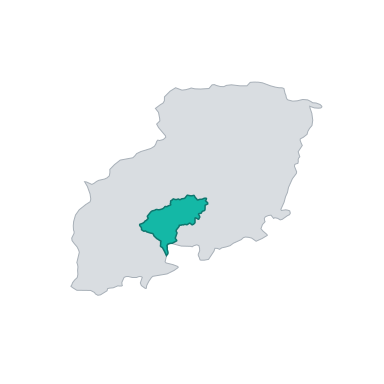 Pardubický highlighted on a map of Czechia, rotated 134°
{"feature_id": "CZE-10373", "entity_name": "Pardubický", "entity_type": "Region", "adm_level": 1, "iso_a3": "CZE", "parent_name": "Czechia", "parent_adm1": "", "projection": "mercator", "projection_center": [16.129, 49.893], "detail": "fine", "context": "in_parent", "style": "filled", "palette": "teal", "viewbox_px": 384, "rotation_deg": 134, "n_neighbors": 0, "source": "natural_earth", "source_scale": "10m", "svg_char_len": 5830}
<svg xmlns="http://www.w3.org/2000/svg" viewBox="0 0 384 384"><g transform="rotate(134 192 192)"><path d="M343.9,213.7L342.7,213.8L340.2,214.9L336.9,215.3L333.3,215.1L330.5,216.9L327.8,219.9L325.1,222.0L323.7,223.9L322.8,225.8L313.6,231.2L312.4,233.5L311.3,236.6L310.9,240.8L310.3,244.5L308.7,246.5L303.7,248.1L302.5,249.1L301.6,250.9L298.8,253.9L295.5,256.6L289.5,259.8L283.1,260.8L274.7,259.7L269.8,258.5L267.4,259.9L264.2,264.0L260.7,271.1L259.2,276.4L258.1,274.9L256.1,269.3L253.8,268.5L250.7,268.0L248.4,267.2L243.4,263.9L240.8,262.9L237.8,262.7L235.0,264.6L232.8,266.8L226.2,266.8L218.9,265.8L208.4,258.3L205.7,258.2L202.8,258.5L198.2,256.8L189.4,251.9L185.2,250.8L182.6,251.4L180.2,252.5L178.5,252.7L177.5,251.1L174.2,249.1L170.9,248.9L170.0,250.1L168.9,260.8L167.7,264.6L163.2,264.5L161.6,266.3L158.0,271.4L157.3,276.4L151.1,275.4L148.2,274.6L145.6,275.2L142.7,277.9L134.7,277.8L128.4,276.2L125.7,270.0L122.8,267.6L119.1,265.4L117.8,264.9L115.8,261.6L112.0,257.4L105.8,251.7L101.0,252.0L99.2,250.5L98.4,248.4L96.4,244.8L94.1,242.3L91.4,241.3L87.5,238.1L82.2,231.1L77.4,226.2L72.7,226.3L69.8,223.7L66.8,220.4L64.5,217.1L61.1,209.3L58.6,204.8L56.7,202.0L54.5,199.6L53.7,197.8L56.4,193.6L57.3,191.5L58.5,189.9L59.2,188.2L59.1,186.9L56.7,182.7L53.4,179.7L48.5,176.6L45.4,172.8L44.3,169.2L44.0,167.2L41.8,164.6L40.1,160.7L40.1,158.4L40.5,157.7L42.1,157.7L43.9,159.3L46.5,162.4L48.6,166.9L49.8,165.1L52.2,160.4L56.5,155.0L60.8,151.9L64.7,151.6L67.9,150.8L70.6,149.3L75.2,149.9L78.5,151.0L79.6,150.3L81.0,147.5L81.9,145.0L89.3,143.6L91.8,138.9L93.3,138.9L94.9,138.2L96.5,136.5L98.0,135.7L99.2,136.6L100.8,137.2L102.4,136.1L104.8,130.7L106.2,129.8L112.7,129.0L121.6,125.8L126.1,123.0L130.5,121.4L135.3,118.7L142.8,116.0L143.2,114.9L139.7,112.2L138.5,110.4L137.7,108.6L138.9,106.6L140.6,106.1L142.7,106.9L149.0,108.1L150.8,109.2L151.4,112.0L153.0,114.6L154.3,114.9L153.8,119.1L155.8,120.7L158.8,122.0L160.7,121.7L162.1,120.0L162.6,118.8L166.5,118.7L170.5,116.9L170.8,114.0L170.5,108.5L170.9,107.7L176.9,109.3L182.9,111.7L183.7,117.1L185.3,119.8L187.2,122.2L189.0,123.3L192.1,123.5L200.2,126.7L204.1,127.3L208.1,129.5L211.5,131.8L214.0,132.3L215.1,134.8L216.6,136.4L219.3,135.1L229.0,133.3L232.5,135.8L234.9,138.3L235.2,139.1L234.0,141.4L233.4,143.2L232.4,144.3L229.0,145.6L227.1,147.6L225.8,149.8L226.7,151.9L229.4,153.4L231.3,153.8L232.1,155.3L238.3,162.1L243.2,171.0L245.1,172.4L246.9,172.8L249.0,171.4L251.4,168.6L254.2,166.5L256.6,165.4L260.9,162.9L261.0,161.3L257.5,155.3L255.4,150.4L255.9,149.5L260.5,150.3L268.2,153.0L280.0,161.7L282.2,161.7L286.3,161.0L290.8,159.6L293.0,158.0L293.8,158.6L294.5,163.4L293.3,166.0L287.9,168.5L288.2,169.8L289.6,171.4L292.0,172.5L295.0,175.6L297.0,179.1L298.8,180.8L300.7,181.5L305.7,179.7L307.1,178.2L307.7,177.1L308.6,177.4L310.3,179.1L310.9,180.1L315.6,182.1L318.4,184.5L320.1,185.6L322.1,184.5L329.6,186.4L331.7,188.0L332.4,190.7L332.0,192.3L333.2,196.5L342.7,206.6L343.8,211.7L343.9,213.7Z" fill="#d9dde1" stroke="#a8b0b8" stroke-width="1"/><path d="M242.6,170.6L244.2,172.1L246.0,173.1L247.9,172.9L249.3,171.0L250.3,170.3L250.8,169.5L251.3,168.6L252.1,167.3L253.1,166.5L254.0,166.3L254.9,166.4L255.5,166.3L253.8,170.6L252.6,174.4L252.6,175.2L252.9,175.9L252.9,176.2L252.9,176.7L252.9,176.9L252.8,177.2L252.5,177.4L251.2,178.4L250.2,179.4L250.0,179.6L249.8,179.6L249.0,180.1L248.9,180.4L248.9,180.8L249.2,181.3L249.4,181.6L249.4,182.0L249.6,183.5L250.0,184.9L250.0,185.3L250.0,187.2L250.0,188.9L249.3,190.4L249.2,191.0L249.3,191.6L249.6,192.1L250.3,193.2L252.2,197.0L252.3,198.2L252.4,198.5L252.7,198.8L253.4,199.1L253.8,199.7L254.2,202.1L252.8,203.6L252.7,204.0L252.6,205.4L252.3,206.5L251.8,207.0L251.4,207.1L249.1,205.9L248.0,205.6L246.9,205.4L245.4,205.6L245.0,205.5L244.4,205.2L244.1,205.1L241.7,205.2L241.3,205.3L241.1,205.6L241.0,206.2L240.9,206.7L240.8,206.9L240.4,207.3L235.0,207.8L233.9,207.7L233.1,207.4L231.2,206.2L229.6,205.7L229.1,205.3L228.8,204.9L228.5,204.3L228.1,203.8L227.6,203.3L225.9,202.2L224.5,201.5L223.6,201.3L222.5,201.2L221.5,201.3L221.0,201.2L220.7,200.9L220.5,200.6L220.4,200.3L220.1,200.0L219.6,199.7L218.5,199.5L217.9,199.2L217.3,198.9L216.6,198.5L216.3,198.4L216.0,198.4L215.9,198.5L215.7,198.7L215.5,199.3L215.4,199.5L215.2,199.7L214.7,199.9L214.4,200.0L213.7,200.8L213.3,201.1L212.9,201.1L212.4,200.9L211.8,200.7L211.4,200.7L211.1,200.9L209.9,200.6L209.2,199.1L208.6,198.3L207.9,197.7L206.7,197.1L206.4,196.7L206.3,196.0L206.2,195.7L205.9,195.4L205.3,195.0L204.1,194.7L202.0,193.1L201.2,192.9L197.8,193.2L197.5,193.1L197.1,192.5L195.9,190.6L195.0,189.6L193.1,188.3L193.1,187.7L193.3,187.0L193.5,186.4L193.7,186.0L193.7,185.6L193.7,184.2L193.8,183.9L193.8,183.7L193.9,183.4L194.0,183.1L194.0,182.7L193.5,182.2L193.2,181.9L192.9,181.8L192.3,181.6L191.9,181.3L190.3,179.8L190.0,179.6L188.5,179.1L187.4,178.4L187.1,178.0L186.6,177.2L186.8,176.9L187.6,176.5L188.5,176.2L188.9,176.2L189.0,175.5L189.0,175.3L189.0,175.0L188.9,174.2L188.8,173.9L188.8,173.5L188.9,173.3L189.0,173.1L189.7,172.4L192.2,173.3L192.5,173.3L195.3,170.7L196.1,170.2L196.8,170.2L198.6,171.1L199.3,171.1L200.6,170.7L200.9,170.7L202.7,172.0L203.0,172.1L203.3,172.0L203.6,171.7L204.1,169.8L204.4,169.3L204.6,169.0L206.9,168.3L207.1,168.4L207.3,168.7L207.7,170.5L208.0,171.2L208.2,171.5L208.4,171.7L208.6,171.7L208.8,171.6L211.7,168.8L212.1,168.5L214.0,168.5L215.2,168.9L215.5,169.1L215.6,169.3L215.7,169.7L215.7,171.1L215.8,171.6L216.0,172.0L216.3,172.2L218.9,172.8L219.2,173.0L219.5,173.7L220.0,174.3L220.5,174.8L221.0,175.1L221.4,175.2L221.6,175.3L222.3,176.2L222.5,176.4L223.0,176.5L224.8,178.0L225.4,177.5L226.1,177.3L230.2,176.9L230.8,176.5L231.1,176.3L231.3,176.0L231.4,175.6L231.7,174.7L231.8,174.4L232.1,174.2L236.8,172.0L237.0,171.6L237.1,171.2L237.2,170.2L237.3,169.8L237.4,169.5L237.6,169.2L237.8,169.1L242.6,170.6Z" fill="#14b8a6" stroke="#0f766e" stroke-width="1.5"/></g></svg>